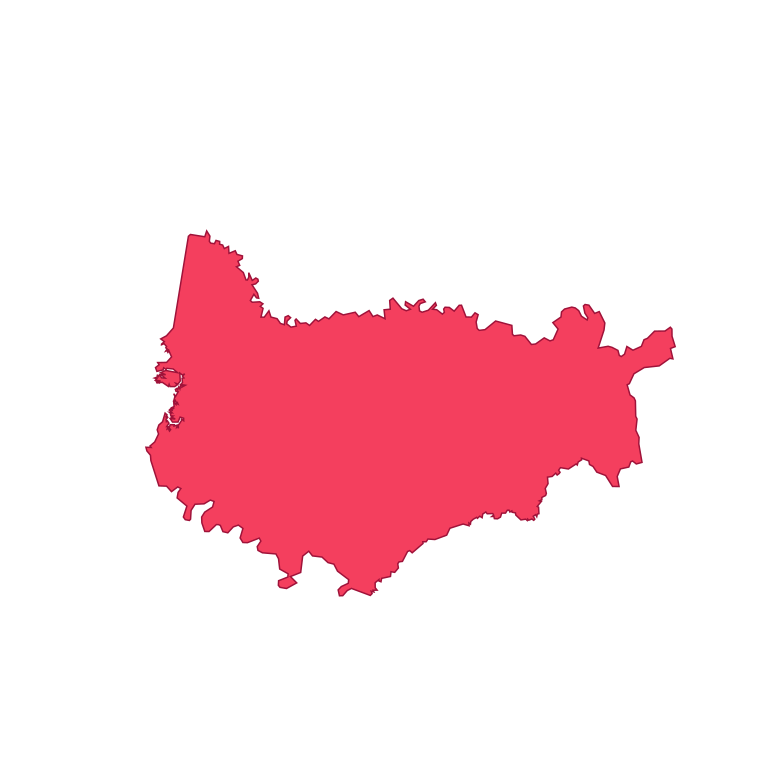 outline of Puerto Parra, Santander, Colombia, rotated 312°
{"feature_id": "7082276B16167878822858", "entity_name": "Puerto Parra", "entity_type": "district", "adm_level": 2, "iso_a3": "COL", "parent_name": "Colombia", "parent_adm1": "Santander", "projection": "mercator", "projection_center": [-73.991, 6.701], "detail": "fine", "context": "isolated", "style": "filled", "palette": "rose", "viewbox_px": 768, "rotation_deg": 312, "n_neighbors": 0, "source": "geoboundaries", "source_scale": "gbopen_adm2", "svg_char_len": 6159}
<svg xmlns="http://www.w3.org/2000/svg" viewBox="0 0 768 768"><g transform="rotate(312 384 384)"><path d="M177.7,249.4L175.6,252.6L174.8,258.1L171.1,262.0L157.7,284.9L162.6,290.8L161.8,298.1L169.5,299.6L170.4,303.0L165.7,303.5L160.9,306.5L161.4,319.2L150.9,323.9L150.2,327.1L152.4,330.7L154.1,330.7L161.0,325.2L168.2,324.0L174.6,330.5L181.5,332.6L183.0,336.3L177.9,338.9L168.8,336.5L163.1,337.5L158.9,341.6L154.5,349.5L157.3,352.7L167.4,353.5L168.8,355.2L169.4,357.0L166.5,363.1L168.9,367.5L177.0,367.6L181.7,370.2L182.3,375.8L173.3,380.1L171.8,385.2L174.7,388.7L186.0,394.4L184.9,397.6L178.3,398.6L176.0,401.7L177.2,406.6L185.4,417.4L183.6,422.5L176.7,430.3L178.8,439.7L176.2,441.7L167.3,437.3L163.7,440.2L163.3,442.8L166.8,448.4L177.8,452.2L178.3,443.3L188.2,448.2L201.7,438.7L209.4,440.0L208.4,445.9L213.9,453.7L213.8,461.9L216.6,467.3L213.8,474.7L215.0,488.6L212.0,490.8L204.9,487.8L200.3,487.7L196.8,492.6L199.1,495.0L205.9,494.9L210.3,496.6L217.7,515.3L220.3,515.4L221.4,513.1L222.7,515.6L223.4,513.9L226.2,516.8L226.7,513.8L230.4,510.4L235.3,511.1L234.2,512.1L235.0,514.1L238.0,512.3L245.3,517.6L249.2,514.8L251.2,518.0L256.9,517.8L259.6,514.5L261.9,514.2L264.5,516.4L275.3,513.6L277.4,514.6L277.4,517.9L291.6,519.7L292.7,518.4L295.0,520.9L298.2,520.4L302.5,525.9L313.6,531.7L320.9,529.5L332.9,536.5L335.6,542.1L337.5,540.1L337.7,542.0L339.9,540.5L343.2,540.8L346.9,542.1L346.7,543.3L349.8,543.6L350.3,546.4L353.4,544.4L357.0,545.3L356.6,547.5L360.5,551.5L359.9,553.2L357.7,552.8L359.1,554.3L357.8,556.1L359.8,558.6L363.0,559.6L366.8,557.9L369.4,560.7L372.7,560.1L373.9,561.3L373.1,563.2L375.2,563.9L374.4,565.0L376.2,567.9L374.8,569.6L374.6,576.7L378.4,579.8L378.4,581.8L379.8,581.2L379.6,582.7L382.6,584.2L382.9,586.5L384.5,586.5L385.6,583.4L388.3,584.1L387.6,586.3L389.9,585.0L391.3,585.9L395.9,581.3L395.5,579.8L402.0,579.5L401.2,577.7L403.6,578.8L405.3,577.2L409.3,578.7L411.3,577.9L414.3,573.7L419.7,572.6L424.2,567.8L427.8,570.8L432.7,571.3L432.2,573.6L434.7,574.1L436.2,573.9L436.8,571.4L439.9,571.1L444.2,577.9L453.2,580.3L453.1,581.8L456.0,580.5L459.9,581.6L461.0,580.4L463.9,587.7L461.7,590.6L462.6,594.5L460.9,601.1L464.3,609.9L460.8,622.4L465.1,627.3L471.3,619.2L479.1,616.5L486.1,621.5L491.3,619.4L493.1,620.3L493.4,625.0L498.4,628.2L510.0,613.4L515.0,609.3L518.1,602.1L527.3,595.5L528.4,592.7L539.7,582.1L541.0,579.1L540.5,574.1L546.1,565.2L548.4,566.1L558.8,562.9L570.4,566.4L581.6,576.4L594.3,579.2L596.0,581.9L602.1,573.1L606.6,575.4L612.2,566.1L617.5,561.2L617.8,558.8L611.4,557.4L604.3,549.7L594.2,549.2L590.9,547.6L584.2,550.1L575.7,546.4L574.4,539.4L567.1,542.8L563.1,541.9L562.7,539.7L565.5,535.4L563.8,528.9L562.0,525.3L554.0,519.1L571.3,511.4L577.1,507.3L581.8,495.5L577.4,493.3L579.7,483.5L577.6,480.2L575.4,480.0L571.1,485.8L569.6,491.2L567.5,492.1L566.5,485.4L568.8,479.6L568.5,475.2L566.8,472.1L560.5,468.0L556.3,467.7L552.2,470.7L542.6,468.4L541.3,476.6L530.1,480.2L527.1,478.5L525.5,472.2L515.2,469.9L512.0,467.1L513.7,456.8L511.9,452.8L506.8,448.3L506.9,446.2L513.1,439.8L505.5,424.8L492.0,422.7L487.6,418.9L487.6,416.2L491.7,411.0L498.5,407.6L497.8,404.0L492.2,404.2L488.7,400.1L494.4,388.9L492.8,387.2L485.1,387.4L484.6,381.3L481.9,378.0L479.6,378.2L477.6,380.9L475.0,380.6L474.5,373.5L472.1,370.1L477.5,370.3L478.8,367.8L468.5,367.6L462.8,364.3L462.1,361.5L465.2,357.9L468.0,357.1L472.7,359.7L473.2,356.3L469.3,354.0L461.5,353.9L459.6,345.0L456.8,346.9L457.2,353.6L453.3,351.5L451.8,346.9L453.8,333.2L449.9,332.3L443.8,338.6L439.2,334.4L433.2,341.1L430.8,332.8L426.7,330.7L428.6,323.8L417.2,320.2L418.1,314.6L408.1,307.5L405.8,299.9L395.6,299.5L394.3,295.2L386.7,293.4L386.2,289.8L377.7,289.5L377.2,285.1L373.0,281.3L373.5,275.2L371.8,275.2L368.3,280.1L364.0,276.8L363.6,271.4L366.0,269.9L370.8,270.2L370.7,267.1L367.5,265.7L361.4,270.3L359.7,266.5L361.0,260.8L358.1,255.2L361.4,249.5L353.5,250.3L351.4,247.8L359.3,243.5L358.9,240.1L362.6,240.4L362.0,236.7L356.6,231.4L356.6,228.8L363.6,227.3L362.7,231.6L363.9,233.5L366.8,229.3L369.4,219.5L372.5,221.6L376.3,221.8L377.5,220.2L377.0,217.8L372.8,216.8L376.2,209.0L373.0,212.0L369.9,212.9L369.0,211.8L372.7,204.9L372.4,195.9L375.6,197.4L377.5,193.3L382.4,194.8L384.5,193.1L381.9,188.0L383.5,184.3L377.4,181.4L382.2,176.4L377.8,174.7L379.3,171.1L377.9,168.3L380.0,166.5L378.3,163.1L374.8,164.1L372.7,160.9L373.2,158.7L377.4,155.7L379.1,149.8L373.5,152.3L365.6,140.1L362.9,139.8L284.7,190.0L274.3,190.1L268.1,187.9L268.5,192.4L264.8,192.0L264.3,192.4L266.8,193.6L266.4,197.3L264.9,197.6L264.9,200.4L263.7,199.6L262.4,199.8L264.6,200.9L263.1,201.6L262.9,202.2L264.8,201.8L262.0,208.0L254.6,208.0L248.5,201.5L247.8,204.0L243.3,203.2L241.4,206.8L246.6,210.4L248.6,209.4L249.0,212.3L250.3,212.1L254.1,217.3L254.3,223.0L248.0,212.7L243.0,210.5L244.8,215.5L241.8,211.8L241.9,217.4L239.7,214.5L241.0,210.7L239.5,212.1L239.9,211.1L238.2,211.3L239.3,209.3L237.4,210.8L234.9,209.5L235.9,211.6L233.8,211.6L236.8,215.9L234.6,214.3L234.1,215.6L233.3,213.6L232.9,214.6L236.9,218.1L237.9,225.4L240.0,224.5L238.9,226.7L242.0,230.2L244.9,230.9L245.2,228.8L246.2,231.0L249.9,230.6L255.5,224.9L255.8,228.1L258.2,229.1L255.0,229.0L254.6,231.2L253.1,230.1L250.2,233.3L247.6,233.2L250.2,237.2L246.8,236.0L248.0,235.7L246.5,233.9L243.7,235.6L244.5,233.4L241.7,234.6L242.2,233.1L240.4,232.6L239.4,234.3L240.5,236.3L235.4,237.4L236.1,234.2L234.8,237.0L231.2,238.8L232.8,240.1L230.7,239.6L232.1,242.6L231.2,244.5L230.6,242.5L229.6,243.2L229.7,240.0L226.8,243.1L223.4,241.6L225.7,244.3L223.1,243.2L222.5,244.9L222.5,242.0L220.9,241.9L220.8,245.7L219.4,243.7L219.6,246.1L219.3,244.7L217.8,246.8L219.1,248.7L216.2,247.9L217.4,248.9L218.3,252.3L215.2,248.3L214.2,252.3L217.9,256.4L223.0,254.6L224.5,258.0L222.7,259.7L222.4,256.5L221.9,257.9L215.1,258.9L214.7,259.7L213.5,260.9L214.4,259.0L213.3,258.9L215.2,257.9L212.3,256.1L213.4,255.4L210.7,252.3L207.6,253.7L207.3,256.0L205.5,256.1L206.6,253.4L205.5,253.0L207.7,252.0L206.9,251.0L211.0,250.4L211.7,247.5L210.5,247.4L212.0,245.6L214.5,245.6L214.8,244.3L213.0,244.1L215.9,243.4L215.9,240.8L207.8,244.7L202.9,244.1L198.2,246.1L196.0,249.9L187.5,252.4L181.4,251.6L181.0,253.4L177.7,249.4Z" fill="#f43f5e" stroke="#9f1239" stroke-width="1.5"/></g></svg>